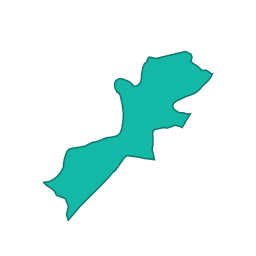 Sharas, Hajjah, Yemen, rotated 241°
{"feature_id": "15242507B8279696782405", "entity_name": "Sharas", "entity_type": "district", "adm_level": 2, "iso_a3": "YEM", "parent_name": "Yemen", "parent_adm1": "Hajjah", "projection": "equal_earth", "projection_center": [43.654, 15.731], "detail": "fine", "context": "isolated", "style": "filled", "palette": "teal", "viewbox_px": 256, "rotation_deg": 241, "n_neighbors": 0, "source": "geoboundaries", "source_scale": "gbopen_adm2", "svg_char_len": 2464}
<svg xmlns="http://www.w3.org/2000/svg" viewBox="0 0 256 256"><g transform="rotate(241 128 128)"><path d="M76.3,31.0L77.7,34.8L82.5,47.6L84.4,54.1L86.6,61.3L87.0,62.9L88.2,67.2L88.2,67.3L88.7,69.0L91.1,77.3L93.9,86.1L96.7,93.7L96.8,94.7L96.9,96.4L97.2,96.7L98.7,99.7L101.7,106.2L103.7,110.0L104.1,112.3L104.2,113.3L103.9,114.4L102.6,115.9L100.3,119.3L97.0,123.5L94.7,126.2L93.0,128.1L89.6,133.0L87.4,135.8L97.5,138.7L99.6,140.3L101.7,142.0L103.9,143.1L104.1,143.2L106.2,144.4L108.5,145.7L110.6,146.4L112.6,147.9L113.8,150.5L113.2,152.6L111.0,159.5L110.7,159.9L109.0,162.1L107.9,167.4L107.6,170.7L102.4,175.7L102.2,175.7L110.2,189.4L110.4,188.8L112.1,185.8L114.2,184.2L115.5,181.9L117.2,179.8L119.3,178.7L121.4,177.6L123.7,177.2L126.0,178.1L126.8,178.9L127.4,180.3L128.2,183.8L127.9,186.9L127.6,190.4L127.3,195.1L126.8,196.7L126.6,199.4L126.5,199.5L126.0,202.4L126.3,205.2L126.3,205.9L126.9,209.1L127.1,209.6L127.7,211.3L127.9,211.7L128.9,214.6L129.6,217.7L130.4,220.6L131.3,223.3L132.7,225.7L134.0,227.5L134.4,228.1L134.7,227.8L134.9,227.5L136.6,226.4L138.5,225.7L140.7,224.4L141.6,222.0L143.2,220.3L143.6,220.0L145.4,219.8L149.9,218.0L150.1,217.9L151.8,216.8L153.8,216.0L155.7,215.2L155.8,215.4L157.3,216.9L159.0,218.4L161.1,218.8L161.7,218.9L162.4,218.5L167.1,215.4L174.7,188.1L174.8,187.4L175.5,186.0L176.0,185.0L179.3,181.7L179.7,180.4L178.7,178.6L176.8,176.4L176.2,173.5L174.6,171.5L172.7,169.4L170.6,167.8L169.0,166.4L168.5,166.0L166.2,164.6L164.2,163.3L162.3,161.5L161.1,159.1L160.4,155.8L160.6,155.6L161.8,153.3L164.1,153.0L166.4,152.2L168.7,151.0L170.7,149.4L173.0,147.5L174.7,145.7L175.6,143.0L175.5,141.9L175.3,140.2L173.6,138.1L171.5,136.8L169.2,136.0L166.8,135.8L164.4,135.9L162.4,137.1L160.1,137.0L153.1,134.9L152.7,135.0L150.5,134.1L148.2,133.1L145.8,132.2L143.6,131.3L141.4,130.1L139.5,128.9L139.1,128.6L136.7,127.2L134.8,125.7L132.9,124.2L130.8,122.7L129.0,120.8L127.3,118.3L126.5,115.4L126.8,113.6L127.0,112.6L127.8,109.5L129.0,106.8L129.9,104.2L130.3,101.1L130.6,98.1L131.1,95.3L131.2,94.7L131.8,92.4L132.1,91.5L132.7,89.7L133.0,81.4L137.6,68.2L138.1,66.3L138.0,65.6L136.9,63.1L135.2,61.0L134.0,59.7L133.4,59.1L131.5,57.1L129.3,55.4L127.1,53.8L125.5,52.8L125.0,52.6L122.5,48.6L119.9,42.7L119.2,37.6L119.3,33.2L120.4,30.3L121.4,27.9L119.8,28.1L117.7,29.0L115.5,29.9L113.3,31.0L111.1,32.2L108.8,33.0L108.1,33.0L106.5,33.0L103.8,32.8L97.0,38.7L95.6,38.8L88.3,37.9L82.0,32.2L76.3,31.0Z" fill="#14b8a6" stroke="#0f766e" stroke-width="1.5"/></g></svg>